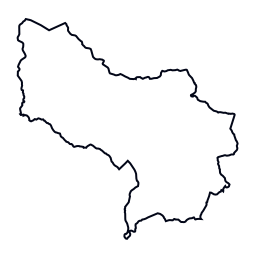 outline of Huitzilan de Serdán, Puebla, Mexico, rotated 269°
{"feature_id": "50627088B1220406486190", "entity_name": "Huitzilan de Serdán", "entity_type": "district", "adm_level": 2, "iso_a3": "MEX", "parent_name": "Mexico", "parent_adm1": "Puebla", "projection": "albers", "projection_center": [-97.714, 19.944], "detail": "fine", "context": "isolated", "style": "outline", "palette": "ink", "viewbox_px": 256, "rotation_deg": 269, "n_neighbors": 0, "source": "geoboundaries", "source_scale": "gbopen_adm2", "svg_char_len": 5805}
<svg xmlns="http://www.w3.org/2000/svg" viewBox="0 0 256 256"><g transform="rotate(269 128 128)"><path d="M63.0,222.1L63.5,222.2L64.8,222.1L65.7,222.3L67.8,223.8L68.2,224.2L67.6,224.4L66.9,225.2L67.0,226.6L67.5,227.5L67.9,227.9L69.8,228.5L71.1,227.3L72.0,225.8L72.6,225.1L73.6,224.4L76.2,224.0L78.6,221.9L79.8,220.3L81.5,219.3L83.9,219.1L85.1,219.2L85.8,218.6L88.4,218.4L90.2,217.5L90.8,217.4L91.9,217.9L92.4,217.9L94.2,217.1L95.6,217.2L96.5,216.9L97.3,217.6L97.4,217.9L98.4,221.5L98.4,222.0L98.9,223.5L99.1,224.5L98.6,226.3L98.7,227.5L98.9,228.7L99.7,230.8L99.7,233.0L100.3,233.6L101.3,233.7L103.8,236.2L104.5,236.7L106.0,237.0L107.0,236.7L108.3,236.5L110.4,237.3L111.6,237.0L113.3,236.2L113.5,235.9L114.2,235.6L118.8,234.1L119.7,234.1L120.2,233.4L120.9,232.8L122.0,232.2L123.7,231.6L125.5,230.3L139.0,234.8L139.7,234.8L140.2,234.3L140.6,232.5L140.3,231.0L140.6,230.2L140.4,229.2L140.7,228.9L140.5,228.5L141.6,225.6L141.5,223.8L142.2,220.8L142.2,219.0L141.9,218.6L142.0,218.2L142.4,217.9L143.0,216.9L143.8,214.0L147.2,209.8L149.2,208.6L150.5,208.2L151.2,207.7L151.7,206.7L152.9,205.6L153.0,203.7L153.6,200.7L154.6,199.1L154.9,198.5L155.5,198.1L156.8,197.8L157.7,197.1L159.0,195.5L159.1,194.5L158.8,193.8L158.3,193.5L158.3,193.1L158.6,191.9L159.3,191.5L159.9,191.6L160.4,192.5L160.7,193.3L162.2,195.5L163.1,196.2L163.5,196.4L165.8,196.5L167.7,197.0L168.2,197.0L169.6,196.8L169.9,196.4L170.5,196.1L171.0,195.5L171.8,195.5L172.1,194.9L174.1,194.2L176.8,192.9L179.8,190.1L180.7,189.6L182.7,188.9L185.1,187.8L185.3,187.1L185.1,185.7L184.1,181.3L184.6,179.8L185.0,179.4L185.5,178.3L185.0,176.2L184.9,173.5L185.4,171.7L185.0,168.7L184.3,167.5L184.0,166.2L183.9,165.3L184.3,164.1L184.5,163.6L184.5,163.2L182.6,162.0L180.2,161.7L179.0,160.8L177.5,157.9L177.4,154.8L176.8,152.3L176.8,150.7L178.0,150.2L178.6,149.6L178.7,149.2L178.7,148.4L178.1,146.8L178.1,146.3L177.6,145.0L177.1,144.3L177.0,143.4L177.3,143.2L177.6,142.4L178.4,141.3L178.6,141.2L178.7,140.0L178.7,138.7L178.5,137.5L178.1,137.0L176.8,136.7L177.2,136.0L176.8,134.6L177.1,130.7L178.3,128.8L179.5,126.2L181.3,123.1L182.1,121.3L181.3,119.6L180.9,117.4L181.0,116.3L181.7,114.8L182.9,111.0L183.6,110.5L186.7,109.7L187.5,109.6L188.1,109.3L188.9,108.7L192.1,104.0L192.9,103.8L195.1,105.0L195.8,105.0L196.8,103.5L197.3,100.8L197.1,99.3L197.2,98.0L197.4,97.0L198.0,95.9L199.7,94.3L206.3,92.6L207.7,92.0L208.3,90.6L208.8,87.5L209.4,86.5L210.8,85.4L211.4,84.6L212.7,83.6L213.4,83.8L215.2,83.3L215.7,82.4L217.8,80.1L220.9,77.7L221.5,76.6L222.1,73.4L223.3,71.9L226.1,69.9L227.0,69.7L229.1,69.9L229.7,69.7L231.8,68.4L232.9,68.2L234.1,67.0L227.1,50.8L232.3,42.7L237.5,32.6L238.7,27.7L237.1,26.6L236.3,25.2L234.6,23.9L233.4,22.0L232.4,21.2L231.2,21.0L223.7,21.0L222.2,20.3L221.0,19.5L220.0,19.2L217.7,19.6L217.2,20.2L215.6,23.4L215.2,24.0L214.3,24.7L213.5,24.8L211.7,24.7L210.5,24.5L209.3,24.0L208.2,24.0L207.3,24.3L203.9,26.2L202.1,26.9L201.1,26.8L200.3,26.2L198.4,23.2L197.4,22.0L193.2,19.8L191.1,19.1L189.3,20.4L188.8,20.6L188.0,20.4L187.4,20.0L186.4,18.9L182.3,18.7L176.9,22.4L175.2,22.8L173.4,22.7L172.3,22.9L169.9,22.2L168.9,22.1L167.9,22.4L167.4,23.7L165.2,23.5L164.3,24.1L162.8,24.1L161.4,24.8L159.7,24.7L158.7,23.9L157.7,23.8L157.2,23.9L156.6,24.7L156.1,24.8L155.4,24.2L155.4,23.2L155.0,22.8L153.8,22.5L153.0,22.8L152.4,22.7L149.6,20.5L148.3,20.5L144.9,21.2L144.2,21.1L143.8,20.4L142.9,21.1L143.2,23.8L142.7,24.0L142.2,23.9L142.7,25.3L142.3,27.0L141.1,28.3L140.1,29.0L138.3,29.5L137.5,29.4L136.6,30.5L136.4,31.3L137.4,33.6L138.5,34.8L138.4,35.6L138.0,36.4L138.2,36.9L139.0,38.1L139.2,38.7L138.6,40.5L138.0,41.5L137.9,42.0L138.1,43.3L136.7,44.4L136.7,44.9L135.5,45.9L134.4,47.1L134.3,48.1L133.7,48.6L133.1,50.1L131.9,51.0L129.0,52.1L126.9,53.4L125.4,54.7L124.8,55.8L124.8,56.5L124.5,57.0L123.9,58.7L123.8,59.4L123.6,59.9L120.8,60.7L119.8,61.8L119.3,62.7L116.7,64.8L116.1,65.6L115.4,66.0L114.7,68.1L113.1,69.5L112.9,70.3L113.0,71.2L112.7,71.6L112.2,72.2L111.5,72.4L110.3,73.3L110.1,74.0L110.8,76.6L110.8,78.8L110.4,79.5L110.4,80.3L109.9,82.9L109.0,83.3L109.2,84.5L109.0,85.9L109.8,86.4L110.5,87.2L111.9,89.6L112.1,90.5L110.9,92.7L108.5,95.4L108.0,96.5L108.0,97.7L107.5,99.5L106.8,100.2L105.8,101.7L103.2,104.4L102.9,105.0L102.9,105.5L101.9,106.5L101.1,108.1L100.2,109.0L98.5,110.1L94.8,111.0L93.7,112.1L92.2,112.9L91.5,113.4L90.6,114.4L89.1,116.8L86.9,118.4L92.5,124.5L95.2,127.2L92.6,129.6L86.2,133.7L84.2,134.6L82.0,135.3L77.3,135.5L75.1,136.0L74.7,136.6L73.7,137.2L73.2,137.4L71.8,137.4L69.7,137.0L68.4,134.4L67.0,132.8L65.7,130.8L64.7,129.7L62.4,128.7L61.7,128.5L60.4,128.5L59.7,128.8L53.7,127.4L49.1,123.7L48.0,123.8L47.2,123.3L46.5,123.3L46.3,123.5L45.9,123.4L45.4,123.7L43.9,123.3L43.2,123.6L42.3,123.7L36.9,123.7L35.5,123.9L32.5,125.5L28.5,126.5L26.7,126.5L23.4,125.6L22.2,124.4L22.2,123.6L21.9,123.1L21.4,122.7L19.9,122.5L19.1,122.7L17.6,123.8L17.3,124.6L17.3,125.2L18.2,125.8L20.1,127.9L21.0,128.3L22.0,128.4L23.1,128.0L24.1,127.4L24.5,127.4L24.9,127.8L25.3,129.0L25.3,129.8L24.2,131.9L24.2,133.0L24.7,133.4L26.6,133.5L27.5,133.8L27.8,134.1L30.6,133.8L31.7,134.0L32.9,135.7L34.5,136.9L35.0,137.9L35.2,139.7L36.2,140.6L36.5,142.4L37.1,144.2L38.3,146.5L42.2,156.2L41.5,158.7L39.9,161.0L38.4,162.2L37.7,162.3L36.6,163.2L34.2,164.2L35.2,167.6L35.1,169.6L34.9,170.4L35.0,171.2L36.1,172.4L36.2,173.1L35.7,173.6L35.5,176.8L33.5,178.9L33.1,179.5L33.1,180.6L32.9,182.0L33.0,182.9L33.5,183.9L34.3,184.5L35.1,185.3L36.0,186.8L36.5,188.0L36.7,190.4L37.4,191.9L37.4,192.4L36.0,193.2L35.5,193.6L35.4,194.0L35.8,195.2L35.9,197.3L35.7,199.6L36.4,199.0L37.0,198.9L37.9,198.8L39.3,199.0L40.2,199.6L41.9,200.2L44.0,201.8L49.3,205.0L50.7,205.3L51.7,205.0L52.3,205.2L52.6,205.9L54.1,206.2L58.4,207.9L62.0,208.9L61.9,210.0L60.2,212.8L59.9,214.3L60.1,215.8L62.4,218.4L62.7,219.6L64.3,220.3L64.0,221.0L63.0,222.1Z" fill="none" stroke="#020617" stroke-width="2"/></g></svg>